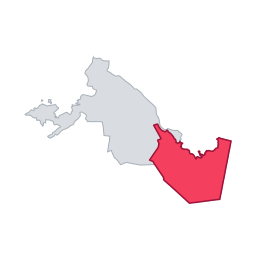 Karakalpakstan highlighted on a map of Uzbekistan, rotated 189°
{"feature_id": "UZB-356", "entity_name": "Karakalpakstan", "entity_type": "Automonous Region", "adm_level": 1, "iso_a3": "UZB", "parent_name": "Uzbekistan", "parent_adm1": "", "projection": "orthographic", "projection_center": [58.854, 43.272], "detail": "fine", "context": "in_parent", "style": "filled", "palette": "rose", "viewbox_px": 256, "rotation_deg": 189, "n_neighbors": 0, "source": "natural_earth", "source_scale": "10m", "svg_char_len": 7183}
<svg xmlns="http://www.w3.org/2000/svg" viewBox="0 0 256 256"><g transform="rotate(189 128 128)"><path d="M200.0,108.1L203.5,105.7L205.7,106.7L206.0,107.3L203.9,109.0L202.0,110.1L201.6,111.9L199.7,113.0L197.9,115.7L195.0,118.6L195.0,119.1L195.4,119.4L196.5,119.6L198.8,120.6L200.7,119.6L201.3,119.7L201.9,120.4L202.8,122.5L203.8,123.0L206.9,123.7L209.2,123.3L210.4,123.6L210.5,123.4L210.2,120.1L211.2,120.5L212.2,119.9L212.3,118.2L212.0,117.2L212.6,116.5L213.0,116.8L213.2,117.8L214.4,118.3L215.4,119.8L216.0,121.6L218.1,121.8L218.8,121.3L219.4,121.4L220.0,123.7L220.4,123.9L222.1,123.1L223.9,123.8L226.0,125.3L228.1,125.1L228.5,125.3L229.9,124.8L231.7,125.0L231.8,125.2L231.6,125.7L227.9,128.5L227.0,130.2L226.2,130.9L223.7,130.4L223.4,131.4L224.0,132.3L223.6,133.3L222.3,133.2L222.0,132.7L220.8,133.2L219.6,135.0L219.1,136.4L217.8,137.0L216.2,138.6L215.3,137.7L214.0,138.0L212.1,137.2L211.2,137.2L203.6,139.7L202.9,139.6L201.8,137.9L199.8,137.2L199.7,136.3L203.3,132.1L203.6,130.9L202.1,130.5L202.2,129.5L199.3,126.9L198.8,126.8L198.4,126.9L197.8,129.3L191.3,133.9L190.2,133.7L188.5,132.5L187.4,132.2L186.3,133.5L186.5,134.9L185.4,136.2L187.0,139.9L186.9,140.4L186.0,140.6L186.9,142.0L186.3,142.2L182.9,142.1L179.1,143.4L179.3,144.0L182.8,143.5L183.3,143.7L183.4,144.2L183.2,144.5L181.4,145.0L181.3,145.7L182.5,147.2L182.1,147.7L181.4,147.4L181.0,148.6L179.8,148.7L179.5,152.0L178.7,153.3L177.4,154.0L168.9,153.4L166.8,154.7L165.5,156.3L164.9,160.0L165.1,160.4L168.8,161.4L169.6,163.5L173.9,163.2L174.7,163.5L175.1,164.0L175.4,164.6L174.5,168.2L175.3,171.3L176.1,172.7L179.0,175.1L179.0,176.7L178.6,178.1L178.0,179.3L177.2,179.9L176.3,181.5L175.5,183.5L173.9,186.1L173.4,187.5L173.6,191.4L173.2,192.6L173.1,192.1L172.3,191.8L170.4,191.8L170.0,191.4L167.5,192.6L165.9,192.3L164.2,190.9L161.1,190.6L157.2,191.3L156.7,187.3L156.7,184.3L157.8,181.9L157.7,181.4L157.0,180.7L154.6,180.2L151.7,178.6L149.1,177.6L147.6,177.3L146.1,178.1L144.6,178.1L137.5,173.8L131.6,170.7L127.4,167.4L125.6,167.9L120.5,164.9L117.1,161.6L106.1,154.4L103.9,152.6L103.4,151.6L102.4,146.9L101.3,144.7L99.9,143.6L98.7,141.4L96.8,135.8L96.1,134.8L92.9,132.6L91.1,132.1L89.8,132.5L89.1,133.4L88.1,133.6L83.5,132.7L78.5,133.3L74.0,130.5L73.7,130.0L73.7,129.2L74.6,127.3L74.4,126.5L73.8,125.6L73.8,124.7L74.2,124.1L75.0,124.3L75.3,123.9L75.2,123.4L74.1,122.3L72.1,121.2L72.5,120.5L72.6,118.7L72.8,117.7L72.6,117.4L71.0,116.1L66.2,116.0L65.0,115.7L64.1,115.1L63.2,113.1L62.7,112.6L59.3,111.8L55.9,108.3L55.2,109.9L54.6,110.2L52.0,109.8L50.7,110.7L53.9,114.3L54.6,115.4L54.5,116.0L53.6,116.2L52.8,114.4L52.2,113.9L49.2,113.0L48.2,114.0L47.9,115.4L46.6,117.7L45.1,118.1L41.4,118.2L40.3,118.7L39.6,119.3L38.2,121.4L36.3,122.9L36.8,129.5L38.0,131.2L36.8,132.5L24.2,131.2L26.2,72.0L43.4,66.9L55.7,63.5L83.9,81.9L84.6,82.6L85.0,84.2L85.8,85.5L95.8,96.1L109.9,93.3L124.4,93.7L129.6,90.6L134.2,95.1L136.9,96.6L141.1,103.3L144.4,101.2L144.5,109.6L144.3,112.1L144.7,117.1L150.5,116.8L152.5,124.7L154.2,129.7L155.5,130.1L166.5,128.3L167.4,128.6L168.9,127.9L170.1,129.4L171.4,130.3L170.9,133.9L172.4,135.2L175.7,136.5L177.6,136.2L177.9,135.6L177.7,134.8L177.2,133.9L177.1,132.9L177.3,132.1L178.8,129.3L181.5,126.3L182.1,125.2L182.1,123.6L183.1,122.5L185.5,121.1L185.8,120.3L188.7,117.8L192.0,116.0L193.5,114.7L194.7,112.5L196.7,110.1L197.5,109.9L198.2,110.5L198.8,110.5L200.0,108.1ZM202.0,127.9L201.4,126.9L200.8,126.7L200.6,126.9L201.6,128.0L202.0,127.9ZM210.9,143.6L208.5,143.9L208.7,142.3L207.8,141.7L207.5,140.9L207.6,140.2L208.1,139.9L209.0,140.9L210.8,141.1L210.4,142.3L211.0,143.4L210.9,143.6ZM217.7,140.9L217.5,142.4L216.4,141.9L216.5,141.5L217.7,140.9Z" fill="#d9dde1" stroke="#a8b0b8" stroke-width="1"/><path d="M61.3,67.2L62.1,67.7L64.0,69.0L66.2,70.4L68.4,71.9L70.7,73.4L73.1,75.0L75.3,76.4L77.4,77.8L79.4,79.0L81.1,80.1L82.5,81.0L83.5,81.6L84.2,82.1L84.5,82.4L84.8,82.8L84.8,83.2L84.9,84.1L85.1,84.4L85.8,85.5L87.1,86.9L87.8,87.6L88.5,88.3L89.3,89.2L90.0,89.9L90.7,90.7L91.4,91.4L92.1,92.2L92.8,92.9L93.4,93.6L94.1,94.4L94.8,95.1L95.7,96.1L96.0,96.2L96.2,96.3L97.6,98.4L98.2,98.9L101.4,99.6L101.6,99.7L101.6,99.9L101.5,100.1L98.6,106.3L95.7,112.3L95.1,113.8L95.0,117.2L95.0,117.4L95.0,117.5L96.5,120.0L96.7,120.5L96.6,120.8L94.0,122.3L93.8,122.5L93.9,123.0L99.3,129.9L103.0,134.6L103.0,134.8L100.3,136.2L99.7,136.4L99.3,136.3L99.2,136.3L97.7,134.0L95.6,131.8L94.8,131.3L94.3,130.9L93.7,130.7L91.3,130.2L90.7,130.2L90.5,130.3L90.2,130.4L90.1,130.6L89.9,130.8L89.4,131.8L89.2,131.9L88.9,132.0L88.6,131.9L88.3,131.7L88.2,131.3L88.0,131.0L87.4,130.3L87.1,130.2L86.4,130.1L86.1,130.0L85.8,129.7L85.3,129.2L85.2,129.1L84.7,129.0L81.8,126.5L81.4,126.0L81.1,125.5L80.9,124.8L80.7,124.6L79.9,124.5L79.7,124.4L79.3,124.1L79.0,123.5L78.8,123.1L78.5,122.6L78.4,122.3L78.4,121.6L78.3,121.2L78.1,121.1L77.6,121.1L76.9,120.9L76.6,120.6L76.4,120.7L76.1,120.9L75.5,121.4L75.2,121.5L74.9,121.5L74.7,121.5L74.6,121.8L74.8,122.1L74.8,122.3L74.7,122.6L74.5,122.8L74.2,122.4L73.9,122.1L72.6,121.6L72.0,121.7L71.8,121.6L71.7,121.3L71.7,121.1L71.8,121.0L72.0,120.9L72.8,120.6L72.7,120.0L72.5,119.2L72.6,118.4L72.8,118.3L73.0,118.2L73.2,117.8L73.1,117.6L72.8,117.4L72.3,117.2L71.9,116.8L71.5,116.3L71.1,115.9L70.6,115.8L70.1,115.9L69.0,115.8L66.5,116.2L65.9,116.2L65.6,116.1L65.1,115.6L64.8,115.5L64.2,115.5L63.9,115.3L63.7,115.0L63.6,113.7L63.5,113.4L63.3,113.2L62.5,112.4L62.2,112.2L61.9,112.2L61.6,112.4L61.3,112.5L60.9,112.5L60.4,112.4L59.5,112.0L58.7,111.3L56.2,108.3L55.9,108.1L55.7,108.5L55.5,109.8L55.3,110.3L54.8,110.5L54.2,110.4L53.5,110.3L52.3,109.7L52.0,109.7L51.8,109.8L51.1,110.2L50.7,110.4L50.5,110.5L50.3,110.8L50.4,111.1L50.6,111.3L52.1,112.0L52.5,112.3L52.9,112.9L53.2,113.7L54.1,115.1L54.6,115.7L54.7,115.8L54.8,115.9L54.7,116.1L53.8,116.3L53.6,116.2L53.5,115.8L53.5,115.5L53.6,115.2L53.5,114.6L53.2,114.2L52.7,113.9L51.6,113.3L51.3,113.3L51.1,113.3L50.7,113.5L50.3,113.4L50.0,113.0L49.8,112.8L49.6,112.7L49.3,112.7L49.1,112.8L48.9,112.9L48.7,113.0L48.3,113.6L48.0,113.7L47.8,113.9L47.8,114.3L48.1,114.9L48.1,115.1L48.0,115.5L47.5,116.6L47.3,116.8L46.9,116.9L46.8,117.1L46.9,117.4L47.0,117.6L46.8,117.9L46.6,118.0L45.7,117.9L45.5,118.0L44.8,118.3L44.3,118.4L42.6,118.1L41.4,118.1L40.3,118.6L39.3,119.6L38.6,120.8L38.2,121.4L37.7,121.8L36.5,122.3L36.2,122.8L36.1,123.4L36.4,124.7L36.3,125.3L36.2,125.8L36.2,126.3L36.4,126.9L36.7,127.4L36.8,127.8L36.8,128.2L36.8,128.8L36.9,129.3L37.0,129.7L37.2,130.1L37.5,130.4L37.7,130.6L37.8,130.6L38.5,130.8L38.5,131.0L38.4,131.2L38.1,131.3L37.5,131.6L37.3,131.9L36.9,132.6L36.7,132.7L35.2,132.3L34.1,132.1L31.4,131.9L30.9,131.8L28.4,131.6L26.2,131.4L24.2,131.2L24.3,127.5L24.4,123.8L24.6,120.1L24.7,116.4L24.8,112.7L24.9,109.0L25.1,105.3L25.2,101.6L25.3,97.9L25.4,94.2L25.6,90.5L25.7,86.8L25.8,83.1L25.9,79.4L26.1,75.7L26.2,72.0L26.2,71.9L27.3,71.6L28.4,71.3L29.5,71.0L30.6,70.7L31.6,70.4L32.7,70.1L33.8,69.8L34.6,69.5L34.9,69.5L35.9,69.1L37.0,68.8L38.1,68.5L39.2,68.2L40.2,67.9L41.3,67.5L42.4,67.2L43.4,66.9L44.9,66.5L46.3,66.1L47.7,65.6L49.1,65.2L49.8,65.0L50.4,64.8L51.1,64.7L51.8,64.5L52.4,64.3L53.1,64.1L53.8,63.9L54.5,63.7L55.4,63.4L55.7,63.5L56.0,63.6L56.8,64.2L57.1,64.4L57.8,64.8L58.9,65.6L60.3,66.6L61.3,67.2Z" fill="#f43f5e" stroke="#9f1239" stroke-width="1.5"/></g></svg>